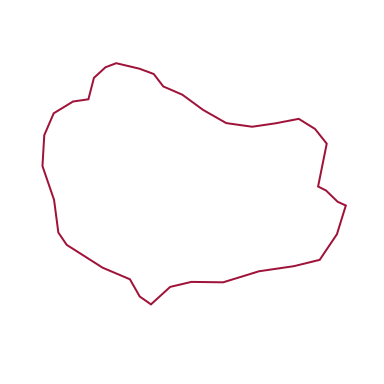 Nzérékoré, Robinson projection, rotated 278°
{"feature_id": "GIN-5655", "entity_name": "Nzérékoré", "entity_type": "Prefecture", "adm_level": 1, "iso_a3": "GIN", "parent_name": "Guinea", "parent_adm1": "", "projection": "robinson", "projection_center": [-8.704, 7.993], "detail": "fine", "context": "isolated", "style": "outline", "palette": "rose", "viewbox_px": 384, "rotation_deg": 278, "n_neighbors": 0, "source": "natural_earth", "source_scale": "10m", "svg_char_len": 607}
<svg xmlns="http://www.w3.org/2000/svg" viewBox="0 0 384 384"><g transform="rotate(278 192 192)"><path d="M258.6,318.7L215.0,316.1L212.2,324.4L202.6,337.6L200.0,346.2L170.4,341.4L142.6,327.9L132.7,303.1L122.8,269.3L106.9,235.4L102.9,203.9L95.0,183.6L75.0,167.0L81.2,154.8L96.9,142.7L104.6,114.0L122.2,75.3L133.2,65.3L165.0,56.5L196.9,40.3L227.7,37.8L250.7,44.1L265.0,61.5L269.4,76.5L291.4,79.0L303.5,89.0L309.0,99.0L306.8,122.7L303.5,137.7L292.5,148.9L287.0,168.9L274.9,191.4L265.0,216.3L265.0,242.5L271.6,265.0L279.3,287.5L271.6,305.0L258.6,318.7Z" fill="none" stroke="#9f1239" stroke-width="2"/></g></svg>